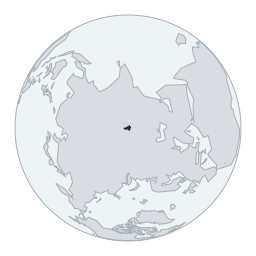 globe centered on Chuy, rotated 182°
{"feature_id": "KGZ-1116", "entity_name": "Chuy", "entity_type": "Region", "adm_level": 1, "iso_a3": "KGZ", "parent_name": "Kyrgyzstan", "parent_adm1": "", "projection": "orthographic", "projection_center": [74.767, 42.563], "detail": "fine", "context": "on_globe", "style": "filled", "palette": "slate", "viewbox_px": 256, "rotation_deg": 182, "n_neighbors": 0, "source": "natural_earth", "source_scale": "10m", "svg_char_len": 11666}
<svg xmlns="http://www.w3.org/2000/svg" viewBox="0 0 256 256"><g transform="rotate(182 128 128)"><circle cx="128" cy="128" r="113" fill="#eef3f6" stroke="#a8b0b8"/><path d="M154.0,18.4L153.0,18.3L150.9,17.7L150.4,17.7L153.0,18.6L154.9,19.1L156.7,22.3L164.6,27.9L169.9,29.9L166.5,29.5L178.4,33.7L184.5,38.1L175.9,33.1L173.7,32.6L177.0,35.4L175.4,35.6L176.1,37.1L173.9,37.1L169.1,34.5L167.6,34.6L170.0,36.6L169.3,38.1L166.0,35.1L164.5,37.5L156.1,34.2L149.1,27.2L142.6,26.4L130.8,22.2L130.1,23.0L125.2,22.4L122.6,23.2L121.1,22.4L120.3,23.8L122.2,24.4L122.4,25.2L121.1,25.8L119.0,24.9L119.3,24.4L118.0,24.5L117.5,23.8L117.0,24.5L114.6,23.4L114.9,25.4L111.3,25.4L110.3,24.5L113.1,23.3L117.6,19.1L117.4,18.3L114.3,18.0L102.9,19.8L101.6,19.6L97.8,20.2L97.3,20.7L100.1,20.5L98.2,21.9L101.8,21.8L101.5,22.4L104.1,23.0L100.9,24.4L96.2,25.4L93.9,25.1L91.8,25.7L91.7,27.3L85.1,28.3L76.8,31.9L75.4,32.2L76.9,29.9L82.8,26.3L84.8,24.3L80.5,27.2L77.1,28.2L75.3,29.1L73.8,30.1L74.0,30.4L72.2,31.2L75.7,28.5L77.3,27.7L76.2,28.5L79.0,26.9L81.3,25.5L79.4,26.4L87.2,23.0L95.2,20.2L103.5,18.1L111.8,16.5L120.3,15.6L128.8,15.4L137.3,15.7L145.7,16.8L154.0,18.4ZM156.0,19.4L153.2,18.6L151.4,17.9L153.9,18.5L156.0,19.4ZM159.2,21.3L157.5,20.8L158.2,20.5L159.0,20.8L159.2,21.3ZM174.0,31.4L172.1,30.1L174.5,31.4L174.0,31.4ZM176.6,37.3L177.6,37.7L177.5,38.4L176.6,37.3ZM105.8,22.3L105.0,22.7L104.9,22.3L105.8,22.3ZM107.7,22.3L108.2,21.7L109.1,21.6L108.8,22.0L107.7,22.3ZM174.1,39.1L173.6,40.1L173.3,38.6L174.1,39.1ZM106.8,23.1L110.8,21.5L112.5,21.4L112.7,22.8L106.8,23.1ZM172.8,40.5L171.7,43.4L174.0,44.4L167.0,43.4L170.2,41.1L169.4,39.0L171.2,40.3L172.8,40.5ZM123.3,24.3L121.3,23.7L124.2,23.7L123.3,24.3ZM125.1,24.1L133.8,23.2L136.1,24.5L132.7,24.5L136.7,25.9L133.6,27.0L130.7,26.4L129.8,25.3L129.3,26.6L125.1,24.1ZM163.3,42.5L162.4,42.9L162.5,42.0L163.3,42.5ZM122.8,25.5L124.3,25.2L126.4,26.3L123.7,27.2L123.9,26.6L122.8,25.5ZM139.3,25.9L140.4,27.0L138.2,28.1L138.3,28.7L133.7,27.1L139.3,25.9ZM122.7,26.6L122.3,27.7L120.0,27.8L121.4,26.0L122.7,26.6ZM128.1,26.2L129.0,26.8L127.6,26.7L128.1,26.2ZM111.9,29.1L113.7,28.4L114.9,28.9L111.9,29.1ZM122.3,28.2L123.0,28.1L123.7,28.3L123.0,29.0L122.3,28.2ZM132.5,28.1L131.3,28.4L134.2,28.8L132.7,29.8L129.9,28.6L130.4,29.6L130.0,29.9L128.2,28.6L132.5,28.1ZM124.3,30.4L120.3,29.4L116.6,30.4L115.4,30.0L121.5,28.5L124.3,30.4ZM126.8,29.4L125.0,29.9L124.4,29.0L125.2,28.1L126.8,29.4ZM132.6,31.0L135.7,29.7L136.2,30.0L132.6,31.0ZM123.4,30.8L124.4,31.0L123.2,31.0L123.4,30.8ZM129.9,31.1L130.9,30.5L131.5,30.9L129.9,31.1ZM125.5,32.0L124.2,31.6L124.7,31.0L125.5,32.0ZM127.6,31.7L128.1,32.3L125.7,31.0L128.0,31.4L127.6,31.7ZM130.2,31.5L130.9,31.5L129.7,31.7L130.2,31.5ZM124.2,34.7L121.1,33.2L122.3,31.7L125.1,33.4L124.2,34.7ZM46.1,205.4L41.5,200.2L31.7,184.8L31.5,181.3L30.1,176.3L25.1,160.6L26.1,155.7L25.2,151.7L23.2,149.2L22.5,144.3L21.5,142.3L16.6,131.3L16.4,122.7L19.2,103.8L21.0,101.1L23.5,94.9L37.8,89.5L38.3,94.3L46.7,103.0L47.3,105.2L43.6,109.2L47.7,123.3L52.2,121.3L58.6,131.0L64.6,134.6L71.6,126.2L61.8,120.1L62.8,114.2L72.8,115.0L81.8,120.7L82.5,118.6L79.1,111.3L83.5,109.1L78.2,108.5L78.6,111.3L75.3,111.2L74.7,108.6L76.3,107.8L74.2,105.4L67.2,110.1L66.9,113.5L60.1,110.1L59.0,115.5L56.3,116.3L57.3,107.4L58.9,105.2L58.8,93.9L56.5,95.8L56.4,106.8L55.4,105.0L52.2,108.2L53.8,104.3L54.5,92.2L49.9,88.8L40.0,92.3L38.2,89.9L38.4,84.9L46.1,77.1L49.4,83.5L52.1,81.1L54.9,75.0L55.7,77.6L57.2,76.0L58.8,78.3L64.4,77.3L66.5,79.2L72.0,75.0L73.9,75.6L70.1,77.8L68.6,80.6L74.3,85.9L76.3,85.8L79.4,82.7L80.6,84.7L82.9,81.1L87.8,82.7L83.7,77.8L87.3,74.5L92.0,73.6L92.5,71.8L84.8,73.3L82.4,74.8L81.4,77.4L74.2,81.1L71.6,80.2L76.4,73.3L73.2,71.4L78.3,67.1L95.9,65.0L101.6,66.4L104.0,75.7L100.8,77.2L98.3,74.4L97.6,80.1L99.1,78.1L100.1,79.9L103.7,77.5L104.6,78.7L106.6,74.6L108.1,75.8L106.8,78.4L113.4,76.3L117.3,78.2L118.4,77.2L118.5,75.6L123.4,79.3L124.0,78.4L122.6,76.8L122.9,74.1L125.2,70.8L126.8,72.3L126.2,73.6L127.2,78.9L125.2,82.6L126.1,82.9L128.2,80.0L127.0,73.6L127.9,71.2L129.0,74.1L128.7,72.9L129.7,72.2L132.1,72.9L131.2,69.7L139.8,61.1L145.5,62.0L145.5,65.3L153.2,61.6L158.9,63.5L157.6,61.9L160.4,59.5L158.7,58.9L158.3,58.0L164.7,52.1L167.5,52.1L168.8,48.4L168.1,47.7L166.2,47.4L167.0,43.4L174.0,44.4L175.1,45.9L178.7,45.7L180.8,49.4L184.3,52.5L184.5,57.1L187.2,59.4L188.3,59.1L192.8,62.2L198.2,70.2L189.0,65.0L179.9,54.6L183.2,58.8L181.0,58.3L181.3,60.2L183.8,63.4L184.9,63.4L181.5,71.9L184.5,82.0L187.8,79.5L191.3,80.9L197.6,91.5L196.9,110.4L201.6,113.6L202.9,116.7L201.0,120.1L199.1,115.6L195.8,115.4L195.1,112.5L191.4,116.9L190.1,113.0L187.8,118.5L190.3,121.0L194.0,118.3L192.6,125.2L198.3,128.5L200.5,134.6L196.3,148.8L189.7,155.1L189.6,157.2L186.1,156.2L182.8,161.4L190.2,169.8L190.4,172.8L184.3,180.6L184.0,178.5L174.9,175.8L174.0,183.1L181.0,186.9L183.4,192.4L178.4,192.0L175.9,187.1L172.6,185.9L172.9,179.8L169.1,171.2L164.0,174.1L163.8,170.3L157.8,163.2L150.2,166.9L138.5,178.2L137.8,187.7L133.4,191.9L125.7,178.4L124.1,168.7L120.1,169.4L113.1,160.5L97.7,157.5L96.6,154.5L93.4,155.1L88.7,151.1L87.4,146.2L84.0,145.5L87.8,158.3L91.6,159.1L96.1,155.9L96.4,160.0L101.1,164.6L92.1,172.0L70.9,173.4L70.7,165.8L63.9,140.4L65.1,138.3L65.2,138.1L65.2,137.5L62.7,140.6L62.2,135.5L63.8,152.7L63.3,159.0L70.6,173.7L69.5,174.4L72.4,177.8L83.8,179.0L83.5,181.2L77.0,189.6L62.7,196.5L65.7,205.3L66.4,211.2L59.9,211.0L62.9,215.7L59.8,214.9L61.2,216.9L60.2,217.2L57.5,215.8L54.9,213.7L46.1,205.4ZM30.0,95.6L28.9,97.2L30.0,95.6ZM89.5,131.9L96.1,134.6L96.3,127.2L98.9,127.7L98.0,125.1L96.3,126.6L94.7,119.7L98.7,118.9L99.5,115.9L97.3,114.9L90.2,117.6L92.5,127.4L89.6,129.4L89.5,131.9ZM76.9,28.3L76.6,28.6L74.8,29.6L75.2,29.2L76.9,28.3ZM69.7,34.4L66.9,35.6L69.2,34.3L69.2,33.8L73.8,30.8L74.9,32.2L73.6,32.0L69.7,34.4ZM80.4,27.5L77.3,29.1L80.6,27.3L80.4,27.5ZM64.2,65.7L63.6,67.8L61.3,68.9L58.7,67.1L61.9,65.3L64.2,65.7ZM63.3,70.4L68.8,64.4L70.7,65.6L68.7,65.9L69.4,67.2L66.4,68.2L62.8,75.4L60.5,76.9L56.8,72.3L59.3,72.9L59.7,70.8L63.3,70.4ZM79.7,49.4L82.1,47.5L83.0,52.3L80.6,53.6L77.8,51.7L79.0,49.1L79.7,49.4ZM106.4,26.1L107.3,25.5L107.8,25.7L107.6,26.4L106.4,26.1ZM112.6,28.7L103.2,29.2L103.7,28.4L97.6,30.0L96.6,28.6L100.6,27.6L95.2,27.9L98.4,26.5L94.6,27.0L103.6,24.9L106.3,23.8L103.7,25.5L104.6,26.7L105.8,26.9L111.1,26.8L117.2,25.4L119.1,26.5L118.8,27.8L117.6,28.3L116.7,27.3L115.7,28.7L113.6,27.7L112.6,28.7ZM113.8,44.8L113.4,42.8L111.0,46.6L108.9,45.2L108.7,45.7L106.1,45.5L102.7,46.2L102.1,45.3L101.0,46.0L99.3,46.0L97.6,46.6L96.0,45.4L93.8,46.1L94.3,45.1L90.9,46.9L92.7,45.0L90.6,45.0L90.0,46.8L85.5,39.4L82.2,38.1L78.5,38.2L82.0,35.3L87.7,33.6L93.9,33.0L96.6,34.8L97.7,33.4L99.3,33.8L97.7,34.8L101.1,33.6L102.0,34.3L107.5,34.6L111.8,32.8L113.9,32.9L112.7,34.0L115.7,33.4L114.8,35.6L116.3,35.9L117.0,38.4L113.8,40.5L115.7,40.6L116.3,42.7L113.8,44.8ZM124.3,35.4L120.9,38.0L118.1,38.6L118.1,34.0L116.9,33.5L116.8,30.9L120.9,30.2L120.5,31.0L121.1,31.6L119.6,31.6L121.3,32.1L120.8,33.2L122.0,34.0L120.6,34.6L124.3,35.4ZM49.6,104.7L50.4,106.0L52.0,107.3L50.0,109.4L49.6,104.7ZM49.9,96.5L50.9,97.1L48.8,100.5L48.0,99.3L49.9,96.5ZM53.1,94.6L51.1,96.8L51.7,94.9L53.1,94.6ZM71.1,78.3L72.3,78.8L71.8,79.7L70.3,80.4L71.1,78.3ZM106.3,56.5L106.5,55.1L107.3,55.0L109.8,52.3L111.5,53.3L110.7,55.3L106.3,56.5ZM68.9,126.9L66.2,127.7L65.7,126.2L66.8,126.2L68.9,126.9ZM56.8,118.5L58.8,121.7L56.3,119.0L56.8,118.5ZM108.6,57.2L109.5,55.9L109.8,57.2L108.6,57.2ZM113.0,53.9L113.7,55.2L112.0,53.1L113.0,53.9ZM83.3,216.8L80.6,224.2L75.8,222.4L73.4,219.4L73.4,214.3L78.4,214.6L80.4,212.5L83.3,216.8ZM205.4,195.6L207.8,194.5L207.7,194.9L205.4,195.6ZM203.0,195.9L205.8,194.4L202.4,197.0L203.0,195.9ZM206.9,193.8L209.8,191.4L211.1,190.0L210.7,190.9L206.9,193.8ZM201.0,197.0L189.6,202.2L184.9,203.0L186.2,201.3L193.8,198.6L201.0,197.0ZM185.8,201.4L178.4,200.1L167.3,191.1L171.3,190.4L182.7,194.4L182.0,195.9L186.5,197.4L185.8,201.4ZM203.0,186.9L202.3,190.8L196.1,193.5L193.3,194.2L191.3,190.4L192.4,187.5L194.8,186.6L203.3,173.9L206.5,174.4L204.0,179.4L206.6,181.3L203.0,186.9ZM138.4,188.6L141.4,193.8L138.9,194.8L138.4,188.6ZM206.2,165.8L203.2,171.6L205.7,164.7L206.2,165.8ZM207.4,159.8L207.9,161.7L206.2,160.6L207.4,159.8ZM190.1,160.1L187.6,161.6L187.2,160.2L190.2,157.4L190.1,160.1ZM202.2,139.8L203.2,144.3L203.1,146.1L201.4,143.9L202.2,139.8ZM124.9,65.4L119.5,67.9L116.7,70.7L117.0,73.7L114.2,70.7L118.5,66.4L124.9,65.4ZM137.8,61.4L137.6,59.0L139.2,59.5L139.5,60.1L137.8,61.4ZM136.6,60.3L133.3,58.5L134.2,56.8L136.6,58.6L136.6,60.3ZM120.8,57.4L119.1,58.1L118.8,57.0L120.8,57.4ZM206.2,209.1L191.2,221.1L188.2,222.7L190.6,220.8L191.1,218.0L192.2,217.5L193.5,214.5L204.4,205.7L212.8,195.0L217.0,191.8L221.3,184.1L225.1,180.4L222.9,185.4L225.6,183.4L230.4,171.7L229.1,177.7L224.4,186.2L219.0,194.4L212.9,202.0L206.2,209.1ZM211.3,192.2L214.8,187.4L216.5,185.9L211.3,192.2ZM238.8,148.1L238.7,148.7L238.7,148.4L238.8,148.1ZM234.5,160.8L235.4,161.5L234.1,164.3L232.9,164.9L231.0,169.8L227.1,174.5L228.3,171.8L228.1,170.0L223.5,174.0L222.6,173.3L224.4,170.5L221.1,172.2L224.8,168.1L226.1,170.1L228.0,165.4L231.0,162.4L233.5,159.8L235.0,159.1L234.5,160.8ZM224.3,175.5L224.9,174.9L224.3,176.4L224.3,175.5ZM238.4,148.9L238.6,149.0L238.5,149.5L238.3,150.1L238.4,148.9ZM235.5,157.8L237.4,151.4L237.7,150.6L236.4,156.1L235.5,157.8ZM237.1,150.5L237.8,149.2L238.0,149.8L237.8,150.6L237.1,150.5ZM216.9,179.1L216.7,180.2L215.7,180.2L216.9,179.1ZM218.3,177.5L221.2,176.0L218.0,178.5L218.3,177.5ZM208.2,181.1L209.2,182.8L212.5,179.3L210.0,182.9L212.0,185.2L211.1,187.0L209.2,184.5L208.2,189.0L206.7,189.8L206.2,186.8L207.7,181.6L209.2,178.9L214.9,174.4L208.2,181.1ZM218.3,174.8L217.5,172.8L218.1,170.5L219.0,171.2L218.3,174.8ZM214.7,168.0L212.0,166.4L209.9,169.0L213.8,161.5L215.8,164.4L214.7,168.0ZM211.9,162.2L210.0,164.6L211.8,160.6L211.9,162.2ZM209.3,163.8L208.8,161.6L210.5,160.9L209.3,163.8ZM213.0,161.6L212.8,157.3L213.9,159.1L213.0,161.6ZM207.2,156.8L211.4,158.5L206.5,159.6L204.8,151.9L206.7,150.5L207.2,156.8ZM208.6,116.9L207.3,114.8L208.6,113.1L209.2,115.0L208.6,116.9ZM211.8,106.1L208.6,112.0L205.7,116.9L207.3,117.2L207.9,121.8L204.8,119.3L205.7,112.9L208.1,109.9L207.1,106.2L208.0,102.3L205.6,98.4L205.6,95.9L208.4,98.6L211.8,106.1ZM204.5,96.9L200.7,89.4L203.9,88.1L205.5,89.4L205.8,93.3L204.1,93.8L204.5,96.9ZM200.7,87.3L199.0,87.8L189.9,79.3L188.8,77.3L197.4,82.6L196.3,83.4L198.0,85.8L200.7,87.3ZM163.4,43.6L162.5,43.0L163.7,43.1L163.4,43.6ZM157.2,57.7L156.9,56.5L158.3,56.5L157.2,57.7ZM156.7,53.3L155.3,54.0L156.1,52.6L156.7,53.3ZM152.3,56.0L154.4,54.1L153.4,56.8L152.3,56.0Z" fill="#d9dde1" stroke="#a8b0b8" stroke-width="1"/><path d="M127.2,126.6L127.3,126.7L127.4,126.8L127.5,126.8L127.8,127.0L128.0,127.2L128.3,127.2L128.3,127.3L128.5,127.4L129.1,127.5L129.3,127.5L129.4,127.4L129.5,127.3L129.6,127.2L129.6,127.3L129.8,127.3L130.0,127.3L130.3,127.3L130.5,127.3L130.8,127.3L130.8,127.2L131.0,127.2L131.3,127.2L131.5,127.3L131.4,127.4L131.4,127.5L131.0,127.5L130.9,127.6L130.7,127.6L130.4,127.6L130.2,127.7L130.1,127.8L129.9,127.9L129.7,127.9L129.5,128.0L129.4,128.0L129.2,128.2L129.1,128.3L129.1,128.2L128.9,128.2L128.8,128.3L128.5,128.2L128.4,128.3L128.4,128.2L128.1,128.3L128.2,128.5L127.9,128.6L127.5,128.7L127.4,128.6L127.3,128.8L127.4,129.0L127.2,129.3L127.2,129.2L127.1,129.3L127.1,129.2L127.0,129.3L127.0,129.2L126.9,129.2L126.6,129.2L126.4,129.1L126.2,129.1L125.9,129.0L125.9,128.9L125.7,128.9L125.6,128.7L125.8,128.5L126.0,128.5L126.3,128.5L126.4,128.4L126.4,128.2L126.2,128.2L126.2,128.3L126.1,128.1L126.0,127.9L126.1,127.6L126.2,127.4L126.3,127.1L126.6,126.9L126.8,126.9L126.8,126.7L126.9,126.8L127.0,126.8L127.2,126.7L127.2,126.6ZM127.8,127.5L127.8,127.4L127.7,127.3L127.7,127.5L127.8,127.6L127.8,127.5Z" fill="#64748b" stroke="#1e293b" stroke-width="1.5"/></g></svg>